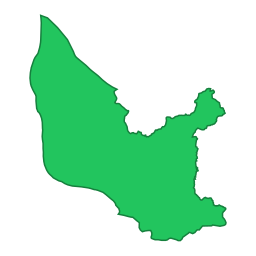 Viengxay, Houaphan, Laos (Equal Earth projection)
{"feature_id": "54806243B54136616884271", "entity_name": "Viengxay", "entity_type": "district", "adm_level": 2, "iso_a3": "LAO", "parent_name": "Laos", "parent_adm1": "Houaphan", "projection": "equal_earth", "projection_center": [104.544, 20.388], "detail": "fine", "context": "isolated", "style": "filled", "palette": "green", "viewbox_px": 256, "rotation_deg": 0, "n_neighbors": 0, "source": "geoboundaries", "source_scale": "gbopen_adm2", "svg_char_len": 5968}
<svg xmlns="http://www.w3.org/2000/svg" viewBox="0 0 256 256"><path d="M40.7,15.4L41.0,18.1L41.3,22.9L40.8,39.1L40.6,42.2L40.1,45.3L39.6,47.8L38.0,53.4L35.1,57.4L34.0,59.6L31.3,67.6L30.4,72.6L30.0,78.0L30.6,83.7L31.2,86.0L32.8,89.7L35.6,94.9L36.1,96.5L36.0,100.9L36.7,108.7L37.1,109.4L37.8,111.5L38.7,112.3L39.6,113.4L40.5,115.2L41.6,118.3L42.3,122.2L42.5,128.4L42.7,130.0L42.2,136.4L42.5,139.6L43.1,143.3L43.1,148.5L43.4,152.2L43.3,156.2L43.9,161.7L44.4,163.9L44.5,164.7L46.4,169.4L47.0,170.6L48.3,172.7L49.6,174.2L52.0,176.4L53.3,177.8L54.9,178.7L58.8,180.8L61.7,181.6L64.7,183.5L67.7,184.8L72.3,186.0L81.2,186.8L88.4,187.9L90.1,188.3L94.3,189.6L95.6,189.7L98.1,190.4L103.0,192.3L106.1,194.7L111.1,199.0L113.3,200.7L114.1,201.6L115.4,203.5L115.8,205.2L117.0,206.5L118.1,207.8L118.9,208.4L119.1,209.7L119.5,210.5L119.6,211.2L119.5,212.3L118.9,213.4L118.3,214.2L123.9,215.3L128.3,216.5L131.0,217.1L132.9,217.3L136.9,220.8L139.3,222.6L139.2,227.7L140.4,230.0L142.4,231.7L145.1,230.9L148.4,230.5L150.7,230.5L151.8,232.8L151.8,235.0L151.1,237.1L151.4,238.3L152.8,238.9L155.0,239.7L158.2,239.7L161.5,240.3L165.7,240.3L167.5,239.8L168.8,238.6L170.8,238.1L176.4,239.7L178.2,240.6L180.3,240.6L182.1,238.9L182.7,237.3L188.4,233.2L189.1,232.4L190.0,232.5L192.7,233.6L194.9,232.5L195.9,231.2L197.3,229.8L199.3,229.9L202.5,226.0L211.7,225.8L212.6,225.0L220.0,226.2L223.9,225.4L225.5,224.5L226.0,222.8L225.4,221.1L224.4,219.2L222.6,217.1L222.5,213.4L223.4,211.7L224.1,211.2L225.7,209.2L225.7,208.4L225.3,208.3L224.9,207.6L223.9,207.5L223.4,206.9L223.1,207.0L222.2,206.3L221.6,206.2L220.1,205.6L219.3,205.0L218.7,205.2L218.0,205.8L217.2,205.7L216.8,206.0L216.2,205.7L215.2,205.9L214.0,205.0L213.5,204.9L213.6,204.2L213.3,203.3L213.4,202.7L212.9,202.1L212.9,200.8L212.5,200.4L212.0,200.2L211.9,199.4L211.4,198.8L211.2,198.2L210.0,197.9L209.1,198.3L208.3,198.4L208.0,198.2L207.4,198.3L206.9,198.1L206.1,198.0L205.8,197.5L205.5,197.4L204.2,197.8L203.2,199.0L202.5,199.2L201.9,200.1L200.6,199.9L199.7,198.7L199.5,197.8L198.4,197.1L198.2,196.6L197.3,195.7L196.9,195.5L196.5,194.7L195.5,194.2L194.9,193.3L194.9,192.7L194.7,192.0L194.9,191.0L194.6,189.1L194.4,188.8L194.0,188.3L193.7,188.1L193.5,187.7L194.1,186.7L194.5,184.1L194.1,183.2L194.4,182.1L194.0,179.9L194.0,179.1L194.4,179.0L195.3,179.1L194.6,177.1L194.7,176.9L195.1,176.9L195.3,176.4L195.6,176.6L195.7,175.0L196.0,174.1L195.9,173.4L196.2,172.8L196.2,172.1L196.2,171.7L196.7,171.1L197.3,171.1L197.5,170.9L198.1,170.7L197.7,169.8L197.6,169.3L196.7,169.4L196.7,169.2L197.4,168.6L197.5,167.8L197.2,167.7L196.4,168.3L196.2,167.4L196.5,167.1L196.5,166.8L196.2,166.6L195.9,166.1L195.9,165.3L195.7,164.0L195.6,162.1L195.9,161.1L196.0,160.9L196.7,160.9L196.7,160.6L196.3,160.0L196.3,159.1L196.4,158.8L197.3,158.2L197.1,156.9L196.4,155.5L196.5,154.6L196.8,153.9L196.8,153.1L196.4,152.6L196.6,152.2L196.9,152.0L197.0,151.7L197.4,150.3L197.7,149.7L197.9,148.8L197.9,148.7L197.5,148.5L197.0,147.8L196.9,147.1L195.9,146.7L195.7,146.5L195.8,144.1L196.4,140.0L196.9,139.7L197.4,139.0L197.4,138.5L196.6,138.2L196.3,137.0L196.0,136.8L195.4,136.6L192.4,137.0L193.3,134.1L194.3,132.8L195.1,132.2L195.4,130.9L195.8,130.1L197.6,128.2L197.9,128.1L201.4,129.6L202.6,129.8L204.0,129.7L204.5,129.3L204.8,128.7L205.2,128.4L206.1,128.4L206.5,128.0L207.0,126.3L207.2,125.9L207.6,125.7L210.4,125.4L210.9,124.9L212.5,124.7L213.2,124.1L213.9,124.1L214.4,123.8L215.2,123.0L215.6,122.2L216.3,121.5L216.6,120.7L216.6,120.3L216.3,119.4L216.7,118.8L216.8,118.0L217.0,117.6L217.9,116.4L219.6,115.9L221.2,115.9L222.4,115.5L222.6,115.4L222.7,114.6L222.9,114.4L224.1,114.0L225.1,113.2L224.3,111.7L224.2,110.5L223.3,109.3L223.4,108.9L223.3,108.6L223.0,108.1L222.5,107.9L221.1,107.9L220.5,107.5L220.1,107.0L220.1,105.8L219.9,105.0L219.5,104.1L219.5,103.0L219.2,102.6L218.1,102.0L216.5,100.8L215.5,99.7L212.6,98.4L212.3,98.1L212.0,95.4L212.0,94.3L212.2,94.0L213.4,93.3L214.2,92.5L214.3,91.8L214.1,91.2L213.7,90.7L213.0,90.1L211.4,90.9L210.2,91.1L210.2,90.4L210.6,88.7L208.7,88.5L206.8,89.0L206.5,89.3L205.7,90.5L205.0,91.2L203.6,91.5L202.9,91.8L201.5,92.9L199.1,93.5L198.9,93.7L198.5,96.4L197.1,99.3L196.0,99.9L194.8,101.1L194.8,102.1L195.0,102.6L196.5,102.8L196.7,103.1L196.6,104.0L196.7,104.9L196.6,105.8L195.5,108.2L195.2,110.2L193.8,112.4L192.0,113.2L191.2,113.6L190.1,115.1L189.4,115.4L188.5,115.1L187.6,115.3L187.0,115.2L185.8,114.2L185.5,114.2L185.1,115.2L184.8,115.4L182.5,115.4L181.6,115.3L178.8,115.4L177.2,116.4L176.3,116.3L174.8,117.0L174.4,117.6L173.7,117.9L172.9,118.5L171.4,118.4L170.8,118.1L170.5,117.5L170.0,117.2L167.6,117.0L166.7,117.2L166.3,117.6L166.2,118.2L166.5,121.0L166.3,121.7L166.1,122.1L166.1,122.8L165.5,124.9L164.4,126.5L163.5,126.8L162.6,126.7L161.9,127.4L161.5,128.0L161.3,128.7L161.0,128.9L158.8,129.2L158.0,129.5L157.3,130.2L156.9,130.3L156.1,129.9L155.5,130.2L155.2,130.5L154.7,131.8L153.6,133.2L152.4,133.6L152.0,134.0L151.6,134.0L151.4,134.3L151.3,134.9L150.8,135.4L149.6,135.9L148.5,136.8L147.6,136.6L146.4,136.8L145.9,136.2L145.8,135.2L145.6,135.1L145.4,135.1L145.0,135.4L144.8,135.8L144.6,135.9L144.1,135.4L142.9,135.4L142.4,135.1L141.7,134.6L141.4,134.2L141.3,132.9L141.0,132.4L140.5,132.3L139.7,132.3L138.9,131.5L138.6,131.4L138.3,131.3L138.1,131.7L136.8,133.6L136.3,133.8L135.5,133.5L134.2,133.4L133.5,132.7L132.2,132.8L130.7,133.6L130.1,133.4L129.2,132.7L127.9,131.0L127.6,130.4L127.1,126.9L126.8,126.1L126.2,125.0L125.5,123.3L124.5,122.2L124.2,121.2L124.3,119.2L124.5,118.5L124.6,117.2L124.7,116.3L126.4,115.0L126.8,114.3L127.7,113.3L128.2,112.4L128.6,111.1L128.5,110.8L128.1,110.6L127.2,110.8L126.8,110.3L125.5,109.5L124.4,108.3L121.6,106.1L120.2,104.5L119.3,103.8L118.1,103.5L116.2,103.6L114.9,102.7L114.9,102.4L116.5,99.4L116.7,98.4L116.5,97.6L114.6,94.3L114.1,92.4L114.1,91.6L114.7,90.8L117.0,89.3L112.5,87.1L107.0,83.6L102.3,79.8L98.2,75.9L92.5,71.4L90.1,69.4L86.0,65.4L79.8,60.3L76.4,57.4L75.3,56.1L74.3,54.1L73.4,51.6L67.4,39.6L57.5,27.6L47.5,17.9L40.7,15.4Z" fill="#22c55e" stroke="#15803d" stroke-width="1.5"/></svg>